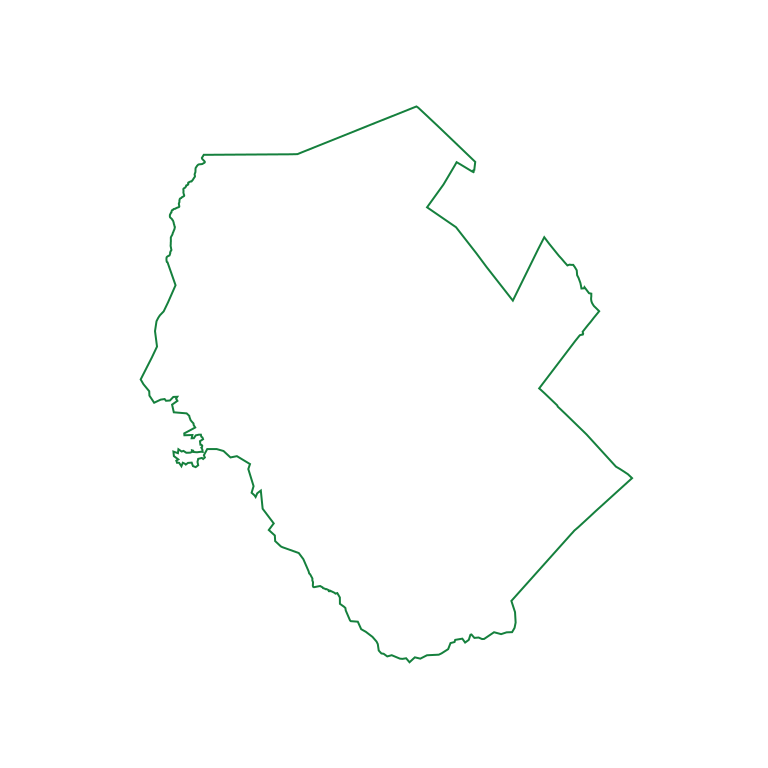 outline of Higueras, Nuevo León, Mexico, rotated 160°
{"feature_id": "50627088B36696430432628", "entity_name": "Higueras", "entity_type": "district", "adm_level": 2, "iso_a3": "MEX", "parent_name": "Mexico", "parent_adm1": "Nuevo León", "projection": "mercator", "projection_center": [-99.96, 26.036], "detail": "fine", "context": "isolated", "style": "outline", "palette": "green", "viewbox_px": 768, "rotation_deg": 160, "n_neighbors": 0, "source": "geoboundaries", "source_scale": "gbopen_adm2", "svg_char_len": 6058}
<svg xmlns="http://www.w3.org/2000/svg" viewBox="0 0 768 768"><g transform="rotate(160 384 384)"><path d="M156.9,378.8L159.0,383.3L160.0,385.3L160.4,386.8L160.8,389.0L160.8,390.7L160.7,391.3L160.5,392.4L160.3,393.1L159.9,394.1L159.3,395.3L158.3,398.0L159.4,398.7L160.2,399.1L160.3,399.2L162.5,406.4L163.0,405.8L163.2,405.5L163.9,405.7L165.1,406.0L165.8,406.2L165.3,409.0L164.9,411.8L164.9,415.2L164.9,417.1L165.3,420.2L164.0,424.9L164.8,429.0L165.2,430.2L165.4,431.2L167.5,432.0L168.4,432.5L168.9,432.7L169.4,432.7L171.1,432.7L172.6,436.4L174.3,441.0L175.8,444.6L176.9,447.8L180.8,459.2L183.2,467.1L193.0,458.0L234.4,418.3L247.6,458.8L252.5,475.2L262.7,506.7L283.1,535.3L259.9,551.1L253.4,556.4L242.2,565.6L239.9,567.6L236.9,564.0L228.7,553.8L226.9,551.9L227.6,554.0L226.7,554.3L226.2,554.3L225.9,554.3L225.4,555.4L222.3,561.5L245.4,608.4L257.3,631.9L258.6,633.7L301.5,632.4L381.9,629.8L386.7,629.6L393.2,631.8L475.0,661.0L476.7,659.6L477.8,658.8L477.9,658.2L477.8,657.6L476.9,655.6L476.5,654.6L476.4,654.0L476.6,653.6L476.9,653.4L477.3,653.3L479.5,652.9L480.2,653.0L482.5,653.6L483.1,653.7L483.7,653.6L485.0,653.0L485.3,652.7L485.9,652.3L486.6,651.8L487.1,651.4L487.5,650.7L487.9,649.7L488.4,648.4L488.9,647.4L489.1,647.1L489.4,646.9L489.8,646.4L490.3,645.7L490.5,644.2L490.6,643.8L490.8,643.5L492.8,642.1L493.1,641.8L493.4,641.6L493.7,641.3L494.0,641.1L494.4,640.9L494.7,640.8L494.9,640.7L495.1,640.5L495.3,640.3L495.5,640.2L495.9,640.2L496.4,640.5L496.5,640.5L498.1,640.3L498.6,640.3L499.0,640.2L499.3,639.9L499.4,639.7L499.5,639.5L499.4,638.9L499.6,638.7L499.8,638.5L500.5,638.2L501.4,638.2L501.6,638.3L502.0,638.2L502.2,637.9L502.3,637.5L502.5,637.3L503.9,636.5L504.2,636.4L504.5,636.4L505.2,636.3L505.5,636.1L505.9,635.8L506.4,633.9L507.0,632.6L507.2,631.2L507.2,629.8L507.3,629.4L507.5,629.1L507.8,629.0L508.4,628.8L509.1,628.8L509.6,628.7L510.1,628.6L510.7,628.2L510.9,628.1L511.9,628.1L512.1,628.0L512.5,627.8L512.8,627.5L513.0,627.2L513.2,626.8L513.5,626.4L514.0,625.0L514.1,624.8L514.7,624.2L514.9,623.9L515.1,623.7L515.2,623.3L515.3,622.8L515.4,621.9L515.5,621.5L515.6,621.1L515.7,620.7L515.9,620.6L516.0,620.5L516.2,620.4L516.9,620.4L518.5,620.4L519.2,620.3L519.5,620.3L519.9,620.1L520.2,620.1L521.2,620.3L521.8,620.3L522.0,620.3L522.2,620.1L522.4,620.0L522.7,619.8L523.2,619.8L523.7,619.8L523.9,619.7L524.1,619.5L524.9,618.4L524.9,618.2L525.3,617.8L525.6,617.8L525.7,617.7L527.3,616.2L527.5,615.8L527.6,615.5L527.7,615.2L527.8,615.0L527.9,614.7L528.0,614.3L528.0,614.1L528.0,613.8L527.9,613.5L527.2,612.2L526.8,611.3L526.8,611.1L526.8,610.7L526.6,610.3L526.5,610.1L526.4,609.8L526.4,609.5L526.4,608.7L526.5,607.2L526.7,606.5L526.7,605.8L526.7,605.4L526.7,605.0L526.8,604.7L526.9,604.0L526.8,603.5L526.8,603.0L526.9,602.9L527.1,602.6L527.4,602.2L527.6,601.8L527.6,601.7L527.8,601.4L528.0,601.1L529.3,599.8L529.7,599.2L530.7,598.3L531.1,597.7L531.4,597.3L531.5,597.1L532.3,596.3L533.2,595.6L534.0,594.8L534.2,594.6L534.5,593.8L535.5,590.9L535.9,590.1L536.5,588.5L537.1,587.2L537.3,586.7L537.6,584.7L537.8,583.8L537.9,582.7L538.4,582.1L538.6,582.0L538.8,582.0L539.1,581.8L539.3,581.6L539.4,581.4L540.0,580.7L540.0,580.2L541.1,578.7L541.4,578.5L541.6,578.2L541.8,578.2L542.1,578.1L543.1,578.0L543.6,578.0L544.1,577.8L544.8,577.5L545.3,576.8L545.7,575.8L546.0,574.9L546.3,573.5L546.3,573.3L546.3,573.0L546.3,572.9L545.8,572.4L546.1,548.1L559.1,534.5L566.2,527.6L571.1,525.2L573.4,523.5L576.3,520.8L581.1,512.0L584.5,496.8L593.2,488.2L611.1,471.5L610.1,466.0L607.1,457.5L608.4,453.3L606.4,445.0L599.2,445.7L595.3,444.9L594.6,442.8L590.8,441.7L586.4,443.9L582.6,442.7L584.4,441.3L583.9,438.8L590.2,437.1L591.2,429.3L579.5,423.9L577.9,420.7L578.1,419.4L578.1,416.2L577.5,414.4L576.5,412.1L576.9,410.6L576.3,407.7L588.6,405.9L589.1,404.1L581.5,401.6L583.3,398.8L581.2,398.1L578.5,400.1L575.2,399.7L573.4,399.0L573.7,397.1L572.9,395.8L572.9,394.0L576.5,393.2L577.3,389.7L576.3,389.2L575.9,388.3L576.5,387.0L577.4,386.7L577.1,384.7L577.6,382.2L579.0,382.9L583.1,383.8L586.1,385.2L586.1,386.6L587.2,387.4L587.7,385.8L589.7,385.8L593.3,387.0L595.3,389.7L597.3,389.8L599.5,393.0L601.3,389.5L605.0,392.5L606.1,388.1L603.1,383.5L605.4,383.0L605.4,380.7L604.0,380.3L603.5,380.0L603.3,379.2L602.5,376.0L600.0,378.8L598.3,377.1L597.8,376.1L595.2,376.9L591.6,375.9L591.6,372.2L589.4,370.3L586.4,371.2L585.9,374.6L584.2,377.2L580.4,376.8L579.6,375.4L577.5,376.2L577.6,378.7L572.4,383.3L563.5,380.1L557.7,375.9L553.4,367.5L546.9,366.5L537.3,354.6L540.6,350.5L541.5,332.6L545.6,327.1L543.8,323.7L543.3,321.7L542.3,322.7L540.6,324.6L538.8,325.2L536.2,326.0L540.7,308.3L535.3,290.7L542.2,286.2L538.4,279.0L540.0,273.6L536.5,266.7L535.4,265.5L521.9,254.3L519.7,247.0L518.9,233.8L519.1,231.5L518.5,230.5L517.8,225.7L518.5,224.0L518.5,222.0L519.9,218.7L519.9,217.6L519.3,217.0L515.4,216.4L513.1,216.0L511.2,213.8L511.1,213.0L509.8,212.1L509.0,211.1L508.3,211.0L506.7,209.4L506.7,208.2L505.8,207.8L505.3,208.2L501.9,204.7L501.3,203.6L499.4,203.5L498.5,198.5L500.6,192.5L497.7,188.3L496.9,186.7L497.4,184.3L496.8,173.6L496.6,173.0L496.3,172.5L489.9,169.6L489.3,161.4L485.8,157.3L481.3,150.3L479.1,144.5L478.8,141.7L480.1,135.4L479.5,133.8L478.6,131.7L476.6,130.6L474.1,126.9L469.5,126.5L463.0,120.5L460.7,119.4L457.0,118.7L455.2,113.8L448.5,116.6L443.8,113.5L436.4,114.4L425.1,110.9L422.0,111.2L414.4,112.9L410.1,117.8L406.0,117.4L404.6,119.2L397.5,117.9L396.2,113.3L392.0,114.5L391.3,115.2L390.5,116.3L388.7,118.6L388.5,118.8L388.1,118.8L387.5,118.7L385.9,114.5L381.8,113.4L379.1,110.8L377.1,110.2L365.5,113.1L359.5,108.9L353.7,108.7L348.5,107.0L344.7,110.2L341.9,114.8L338.9,124.8L338.5,136.6L258.6,179.4L258.3,179.5L255.2,181.2L250.4,183.0L239.6,187.5L228.7,192.1L183.1,210.7L185.7,215.9L191.4,223.5L194.3,227.0L210.9,267.3L223.6,293.6L228.5,303.4L228.5,304.6L236.2,320.2L238.8,325.2L239.7,326.8L189.5,359.1L183.9,362.5L183.0,362.9L181.7,362.7L181.1,362.8L180.6,362.5L180.4,362.4L180.2,362.5L179.7,363.1L179.6,363.3L179.6,364.1L179.5,364.5L179.4,364.8L179.4,365.2L172.4,369.5L168.4,371.8L164.3,374.4L156.9,378.8Z" fill="none" stroke="#15803d" stroke-width="2"/></g></svg>